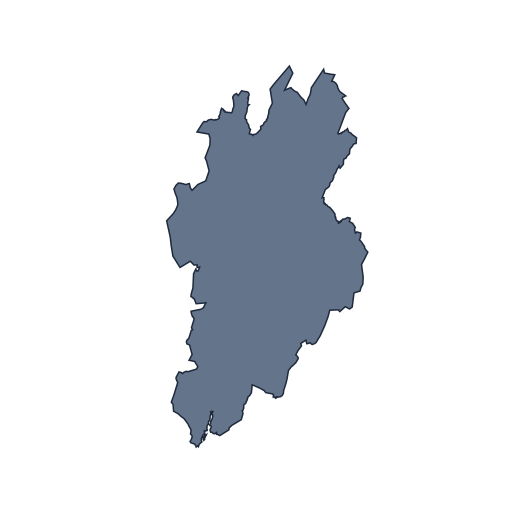 Voss nor, Hordaland, Norway, rotated 297°
{"feature_id": "86288312B86706978449473", "entity_name": "Voss nor", "entity_type": "district", "adm_level": 2, "iso_a3": "NOR", "parent_name": "Norway", "parent_adm1": "Hordaland", "projection": "robinson", "projection_center": [6.456, 60.713], "detail": "fine", "context": "isolated", "style": "filled", "palette": "slate", "viewbox_px": 512, "rotation_deg": 297, "n_neighbors": 0, "source": "geoboundaries", "source_scale": "gbopen_adm2", "svg_char_len": 6060}
<svg xmlns="http://www.w3.org/2000/svg" viewBox="0 0 512 512"><g transform="rotate(297 256 256)"><path d="M453.3,243.9L452.1,240.6L450.1,234.0L453.1,231.5L431.2,228.9L424.7,230.9L419.6,231.0L413.8,231.8L416.8,227.8L417.9,223.9L420.7,218.2L420.5,217.4L420.5,215.8L420.8,213.9L421.2,212.7L421.3,211.7L421.8,211.0L421.8,210.5L416.7,206.2L435.6,205.8L440.4,199.5L417.1,193.9L411.1,192.8L399.6,201.2L392.0,201.3L388.3,202.7L385.0,203.3L383.9,203.9L382.5,203.3L381.9,203.8L381.1,204.0L380.2,203.3L378.2,202.7L376.6,202.9L375.3,202.6L374.4,201.7L373.2,201.4L371.6,202.6L370.2,202.5L365.2,200.9L364.6,200.5L363.0,198.5L362.1,198.6L362.5,196.6L361.9,195.4L361.9,194.5L366.3,193.6L366.7,192.2L368.5,190.5L369.2,190.2L371.5,186.5L373.1,185.8L373.3,184.3L373.5,184.0L375.8,182.8L380.2,182.4L384.9,180.7L386.3,180.8L387.6,181.2L387.3,180.6L387.3,180.0L389.1,178.9L393.3,177.7L393.3,177.3L393.1,176.9L396.1,176.9L397.3,176.1L398.1,175.0L398.3,174.3L398.2,173.4L397.0,169.7L396.8,168.2L390.8,167.3L391.9,164.8L389.7,163.4L389.2,163.2L387.0,163.1L385.6,164.1L385.1,164.7L381.9,166.9L379.1,168.4L376.3,168.6L374.2,169.3L372.6,169.3L372.2,168.9L371.9,167.3L371.2,166.0L371.1,164.9L370.5,164.3L370.6,163.9L370.2,163.2L370.3,162.9L371.0,162.6L371.2,162.2L371.2,161.4L370.9,161.2L371.6,160.6L371.5,160.3L371.9,159.9L371.9,159.0L371.7,158.6L371.8,158.3L367.8,158.9L366.7,159.6L363.3,159.6L363.4,159.9L362.6,160.7L361.4,160.5L359.0,158.5L358.9,158.3L359.0,157.7L358.1,157.1L357.4,154.0L355.5,151.8L353.0,150.8L352.3,148.7L350.4,148.1L339.7,147.1L343.2,158.6L339.8,161.8L333.8,164.6L320.3,166.1L318.0,169.0L310.5,175.6L300.1,177.1L293.4,171.8L285.5,169.2L286.9,166.5L290.0,164.0L290.3,163.6L287.8,161.1L287.1,157.3L285.8,153.7L282.5,152.6L278.4,152.5L275.2,155.6L272.1,159.1L267.6,162.3L266.6,162.8L264.8,163.3L260.4,163.5L256.0,163.0L246.8,160.4L233.9,171.0L226.8,175.7L218.2,182.0L211.3,193.5L221.5,199.8L219.8,204.9L221.4,207.6L218.9,208.7L220.6,210.8L216.5,211.2L215.7,210.4L216.9,208.3L211.9,208.4L198.9,214.3L192.8,215.5L190.3,216.4L190.2,218.4L189.7,219.4L189.7,219.8L190.0,220.2L186.3,224.3L191.5,232.6L188.3,232.5L186.4,232.7L183.9,231.5L177.3,223.2L175.4,224.6L173.2,226.8L173.0,227.1L173.2,227.8L171.6,229.5L162.7,231.1L161.5,233.1L160.5,232.1L152.2,233.5L149.8,232.7L147.9,232.9L146.3,234.4L146.6,236.9L146.2,237.5L139.2,243.8L132.7,243.7L134.2,249.2L131.0,254.4L128.2,254.3L122.0,247.9L121.6,246.2L121.1,245.9L120.2,244.9L118.7,244.1L118.0,244.0L117.8,243.2L118.3,242.6L117.8,240.0L111.5,239.9L110.1,240.7L107.7,243.7L94.6,246.0L87.3,246.9L86.1,249.5L80.3,253.0L80.1,258.4L79.1,261.8L78.4,265.8L75.3,272.0L74.0,273.4L72.0,276.5L71.0,277.2L70.9,277.5L67.7,278.4L67.3,279.8L66.1,281.2L63.2,281.6L60.7,281.5L60.0,282.9L60.6,286.7L59.1,289.1L58.7,289.4L60.3,290.1L59.9,291.3L61.3,291.1L62.4,290.8L65.8,292.2L66.8,291.0L67.7,290.7L68.4,290.2L72.7,290.0L73.4,290.5L73.4,290.9L73.6,291.1L73.6,291.5L73.8,291.5L74.6,291.1L75.6,290.1L76.5,290.1L76.4,289.5L76.8,289.4L76.7,289.7L77.3,290.2L77.8,291.4L78.6,291.7L79.1,291.5L79.8,290.5L80.9,290.3L82.0,289.5L83.5,289.5L84.3,290.0L85.7,289.2L87.3,288.9L88.3,289.2L89.2,289.2L89.6,288.9L90.5,288.8L91.5,288.1L95.2,287.3L96.6,286.3L97.0,286.4L97.1,287.2L97.7,287.6L97.9,288.1L95.2,288.4L94.7,289.0L94.8,289.2L93.8,290.1L91.3,290.8L89.5,291.0L88.0,290.7L86.9,291.3L84.4,291.5L84.0,291.8L84.2,293.1L83.7,293.7L82.8,293.9L80.3,293.9L78.4,295.5L79.0,296.7L78.4,298.5L78.9,299.9L80.8,300.9L79.2,301.8L79.7,302.5L79.4,304.9L79.9,305.5L88.8,310.8L90.7,310.1L94.4,311.5L103.5,317.2L109.9,315.9L111.8,313.9L112.2,314.4L114.5,314.2L115.6,313.8L117.1,312.9L118.9,312.9L119.5,313.6L120.3,313.7L121.1,313.6L121.7,313.3L122.6,313.6L123.3,313.5L124.3,313.1L124.6,313.1L124.7,313.3L126.9,312.8L128.3,313.6L132.0,314.0L139.5,311.1L140.0,319.0L139.8,324.4L138.7,326.7L140.6,333.4L140.4,333.8L140.5,334.3L140.3,334.5L139.6,334.8L139.4,335.2L139.0,335.1L138.1,335.5L138.7,336.0L138.8,336.8L138.4,337.2L138.2,338.2L139.0,338.6L140.0,338.3L140.2,338.8L140.0,339.1L140.1,339.5L141.8,341.7L143.4,342.6L145.8,342.8L148.8,341.7L156.1,340.5L160.4,339.5L168.8,336.9L173.9,337.9L174.6,338.4L179.0,339.9L183.4,340.2L184.6,339.7L185.5,338.0L185.9,336.4L190.2,336.3L196.6,337.3L198.5,335.6L203.7,338.7L200.9,341.0L201.7,342.2L203.3,343.7L202.7,345.2L202.7,346.3L204.3,347.8L206.1,348.8L214.2,349.4L225.1,348.9L234.9,347.7L241.2,346.3L245.5,354.0L245.6,354.3L244.8,355.0L244.5,355.9L251.3,358.5L251.3,363.5L254.2,364.9L267.5,360.1L268.6,361.0L271.9,364.6L275.4,363.9L279.6,363.9L285.8,361.1L296.3,353.9L303.7,354.0L310.2,353.9L311.4,351.0L312.5,349.1L313.8,348.4L316.8,342.8L317.2,340.9L320.0,340.6L324.0,339.0L323.3,335.0L321.5,334.2L324.2,331.8L326.6,331.4L329.0,327.2L329.1,323.5L332.4,322.9L332.4,322.5L332.0,320.3L328.9,317.9L328.1,316.4L324.9,316.0L325.5,315.4L324.8,315.1L322.8,314.9L322.6,314.6L324.3,313.3L324.2,312.9L323.9,312.8L324.6,311.0L327.0,309.1L327.1,308.9L326.8,308.9L327.8,308.0L329.2,307.4L331.2,303.7L332.8,299.7L332.8,297.7L333.7,295.7L333.5,295.3L333.6,294.8L333.4,294.5L334.0,294.0L333.9,293.8L334.0,293.6L333.8,293.5L333.6,292.9L334.3,292.7L334.2,292.2L336.5,291.1L337.2,291.0L337.8,290.3L338.8,290.1L338.4,288.9L338.0,288.5L346.6,287.6L350.7,289.5L352.0,289.6L354.8,288.8L357.7,289.9L361.7,289.5L362.7,288.7L366.8,289.2L370.1,288.8L372.5,289.2L374.0,289.1L372.4,291.1L377.5,292.2L380.2,290.9L382.3,290.3L383.9,291.7L386.7,291.8L389.5,292.9L391.5,292.0L394.0,291.2L397.7,292.0L400.0,292.2L400.4,292.4L401.7,294.1L407.0,291.9L408.0,286.1L408.6,284.8L408.5,282.2L411.0,279.7L409.3,279.2L408.1,278.2L407.1,278.1L405.9,276.9L404.1,276.4L404.3,276.0L403.9,275.9L403.9,275.6L403.0,275.1L402.9,274.8L402.3,274.4L402.3,273.3L424.5,270.8L429.7,271.8L432.7,266.0L435.5,261.2L437.1,261.3L437.5,262.0L438.3,262.5L439.0,262.7L439.4,263.2L440.5,256.4L441.1,255.0L443.1,252.4L444.8,251.1L445.7,249.5L446.3,248.3L446.5,247.2L446.6,246.0L446.4,245.1L446.0,244.2L453.3,243.9ZM74.3,292.9L72.2,291.8L70.2,291.4L68.5,292.4L68.0,293.2L69.4,293.5L71.0,292.6L71.7,293.0L72.2,292.8L73.2,293.0L74.3,292.9Z" fill="#64748b" stroke="#1e293b" stroke-width="1.5"/></g></svg>